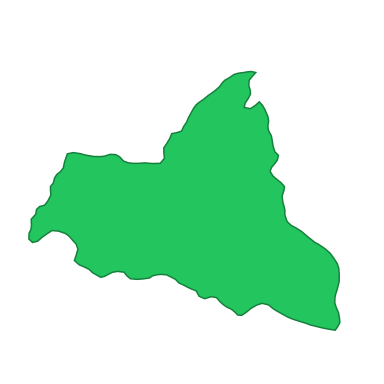 outline of Leme do Prado, Minas Gerais, Brazil, rotated 275°
{"feature_id": "56859067B57249042092490", "entity_name": "Leme do Prado", "entity_type": "district", "adm_level": 2, "iso_a3": "BRA", "parent_name": "Brazil", "parent_adm1": "Minas Gerais", "projection": "orthographic", "projection_center": [-42.742, -17.063], "detail": "fine", "context": "isolated", "style": "filled", "palette": "green", "viewbox_px": 384, "rotation_deg": 275, "n_neighbors": 0, "source": "geoboundaries", "source_scale": "gbopen_adm2", "svg_char_len": 2522}
<svg xmlns="http://www.w3.org/2000/svg" viewBox="0 0 384 384"><g transform="rotate(275 192 192)"><path d="M103.0,134.3L100.2,138.2L100.2,144.8L101.2,151.0L102.6,157.0L105.0,159.9L106.4,163.9L107.2,168.2L107.3,173.8L105.0,179.6L103.6,183.1L100.3,186.8L98.6,191.6L97.0,195.3L95.3,199.9L93.9,204.7L88.8,208.1L86.8,214.0L89.4,220.2L88.9,225.6L85.0,229.7L82.5,233.0L80.6,236.3L78.5,241.7L75.9,245.5L73.4,248.3L73.5,252.3L77.1,256.8L81.1,260.8L85.0,266.3L87.2,271.6L86.2,278.2L83.2,282.4L81.3,285.9L79.7,289.4L77.9,293.4L75.9,297.9L74.5,302.2L73.4,306.5L72.4,311.1L71.1,317.1L69.8,321.7L69.2,325.8L68.4,330.8L67.7,335.6L67.2,341.1L66.8,346.7L70.0,348.6L74.7,350.7L79.6,349.8L84.7,348.4L89.2,345.9L93.9,343.9L99.1,343.6L102.8,344.0L106.4,344.9L111.2,345.7L115.5,346.4L122.3,345.9L129.0,344.8L133.5,342.8L137.8,339.5L142.9,335.1L146.8,329.9L148.9,326.2L151.1,322.2L152.6,318.6L154.7,315.5L156.9,312.1L159.8,308.0L162.2,304.6L164.0,301.2L165.8,297.6L167.4,293.7L170.7,289.4L177.2,286.5L182.2,286.1L186.1,284.8L190.1,283.3L195.7,282.1L201.8,283.5L205.4,283.7L209.1,279.8L211.9,275.5L214.9,271.3L219.4,268.0L223.4,269.1L226.5,271.3L231.1,274.2L236.1,274.9L239.2,271.1L244.7,268.8L249.5,267.6L254.8,266.2L259.6,263.0L264.4,261.8L269.3,262.2L273.3,261.2L277.0,259.3L281.1,257.1L284.5,254.6L287.7,251.2L283.9,247.7L280.1,242.9L280.8,236.7L285.1,237.2L290.1,239.9L294.4,241.7L298.0,241.3L303.0,239.3L308.3,239.2L312.6,242.1L316.6,245.1L317.2,240.4L316.5,236.7L315.5,232.9L314.4,227.9L312.8,223.7L309.1,219.2L306.1,214.8L303.0,212.4L299.4,210.3L295.2,206.3L291.9,202.6L289.5,199.7L285.3,195.4L282.0,191.4L279.4,188.7L276.1,186.6L271.9,184.7L266.0,182.1L261.2,180.6L256.6,178.0L251.8,176.3L249.5,170.9L248.4,166.7L243.6,165.3L237.9,162.5L233.5,160.1L228.8,160.5L223.2,161.6L217.8,157.9L216.9,150.0L216.9,142.5L215.9,136.3L215.4,130.9L215.5,126.0L216.9,121.0L220.6,117.0L222.6,112.8L222.4,107.3L220.0,101.5L219.2,96.9L218.8,91.0L219.5,82.7L220.5,77.1L220.9,70.3L219.2,64.5L214.9,63.4L210.7,62.4L204.8,61.7L200.8,59.1L197.6,55.7L193.7,53.8L188.7,53.0L185.2,50.5L181.2,50.9L176.7,51.7L170.3,49.1L166.0,46.2L164.2,41.4L161.0,38.6L156.3,38.3L150.9,34.2L144.8,35.0L140.7,34.8L136.8,33.3L130.9,33.6L127.8,37.5L129.5,42.5L133.6,46.4L137.7,51.2L141.4,55.9L141.4,62.4L139.7,69.4L137.3,73.4L134.1,76.7L129.9,81.2L125.2,83.3L119.2,82.2L113.5,80.8L109.6,86.0L107.8,91.6L105.9,96.3L102.8,100.2L100.8,104.7L99.1,108.3L100.2,112.0L102.5,115.6L105.0,119.5L106.4,124.7L106.2,131.3L103.0,134.3Z" fill="#22c55e" stroke="#15803d" stroke-width="1.5"/></g></svg>